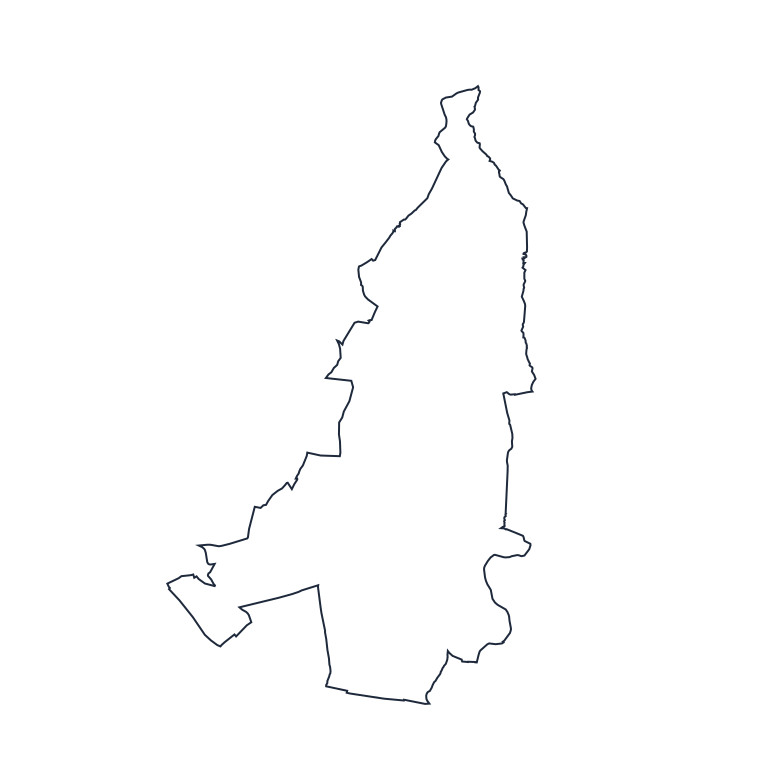 the district of Buciumi, Bacau, Romania, rotated 191°
{"feature_id": "2599482B95030367373704", "entity_name": "Buciumi", "entity_type": "district", "adm_level": 2, "iso_a3": "ROU", "parent_name": "Romania", "parent_adm1": "Bacau", "projection": "orthographic", "projection_center": [26.788, 46.194], "detail": "fine", "context": "isolated", "style": "outline", "palette": "slate", "viewbox_px": 768, "rotation_deg": 191, "n_neighbors": 0, "source": "geoboundaries", "source_scale": "gbopen_adm2", "svg_char_len": 6136}
<svg xmlns="http://www.w3.org/2000/svg" viewBox="0 0 768 768"><g transform="rotate(191 384 384)"><path d="M348.6,694.3L350.8,691.8L354.1,689.6L356.5,689.2L358.5,688.4L366.7,684.3L368.3,683.1L372.1,679.1L377.9,677.0L380.9,674.6L381.4,673.5L381.7,670.8L381.1,669.4L375.8,659.9L374.1,657.7L373.3,655.9L372.8,654.1L372.5,651.5L372.4,648.8L372.9,647.3L377.3,641.9L377.7,640.5L377.9,637.8L379.7,634.5L380.2,633.0L380.2,630.9L375.9,628.9L371.5,622.8L367.8,619.1L364.8,617.0L363.8,616.7L365.6,614.3L368.7,607.1L374.2,585.0L376.3,578.8L376.8,575.0L377.2,574.2L384.5,563.6L386.0,560.8L387.0,560.2L389.6,556.5L392.1,554.0L393.8,550.6L394.7,549.4L395.9,549.2L399.2,545.9L399.0,545.5L399.2,544.6L398.7,544.1L398.6,543.5L399.1,542.7L398.6,542.0L399.0,541.7L400.1,541.9L400.3,541.7L400.0,541.2L401.4,541.1L401.7,539.9L402.9,538.3L402.5,536.2L404.0,536.4L403.6,535.4L404.1,535.0L404.4,533.7L406.1,530.7L406.7,528.8L409.6,523.0L412.5,517.6L416.3,504.0L418.2,503.0L420.0,504.3L423.7,500.5L428.7,496.0L430.9,494.7L431.0,494.0L431.0,491.3L428.9,484.3L426.1,479.8L425.7,478.8L425.5,476.9L424.0,476.2L423.4,475.3L422.5,471.6L420.6,468.0L419.2,466.3L415.8,463.9L405.1,458.9L406.7,452.7L408.4,444.4L409.9,444.1L411.2,443.3L410.1,442.4L410.5,441.3L411.1,440.6L421.3,440.3L424.6,438.5L432.0,418.5L432.3,414.8L436.1,417.3L438.3,417.7L435.8,414.4L433.8,410.2L431.5,401.4L433.3,397.6L433.6,393.8L436.3,390.2L437.9,385.5L440.3,382.8L442.2,378.8L416.7,380.9L413.7,374.9L414.7,360.5L418.2,349.3L418.6,343.2L420.7,337.7L418.6,325.9L416.3,319.4L413.7,308.2L413.6,304.7L432.6,301.7L446.2,302.0L446.1,298.7L448.1,288.5L449.9,284.8L450.5,281.9L450.7,279.8L451.8,277.4L452.6,274.3L451.2,274.6L450.9,273.6L453.0,268.4L454.4,263.2L459.7,268.7L460.6,268.3L461.8,265.9L464.2,262.0L468.0,258.8L472.4,253.7L475.4,247.0L476.7,242.9L479.3,241.9L481.5,238.8L487.4,238.8L488.8,216.0L488.3,207.5L488.8,206.3L504.9,197.7L512.6,194.1L515.2,193.2L523.5,193.1L526.4,192.6L535.0,190.1L531.2,189.1L529.0,187.8L528.1,186.8L526.7,184.2L523.5,175.4L522.4,174.1L521.1,173.6L519.8,173.7L515.9,175.1L518.8,166.0L520.2,164.5L520.4,162.7L520.2,162.1L516.4,159.2L513.0,155.1L511.5,154.0L511.7,153.3L521.8,154.0L528.7,157.2L531.3,159.4L533.3,157.6L534.9,160.6L537.1,159.5L546.2,156.7L548.5,154.2L558.6,146.7L556.5,143.8L555.3,142.9L555.9,141.6L543.5,132.6L527.2,118.7L512.0,103.6L505.0,99.3L497.8,95.9L494.5,95.2L493.5,97.0L491.0,100.3L483.0,109.6L481.0,108.0L472.6,121.0L468.8,124.8L472.5,131.2L473.9,132.7L475.9,134.0L480.2,135.4L483.3,137.2L446.7,154.0L434.2,160.2L428.2,163.6L425.4,165.7L410.2,173.9L410.1,172.2L403.5,152.3L401.7,147.2L394.7,130.4L394.7,129.5L392.0,122.5L388.7,111.9L385.7,104.2L384.0,98.0L383.0,96.2L381.7,92.0L381.5,89.6L381.9,88.6L382.0,86.3L382.9,81.8L382.6,79.5L383.3,77.6L383.1,76.2L361.6,75.8L361.7,73.8L358.0,73.7L324.1,75.1L304.1,77.1L304.1,77.9L282.7,77.8L278.5,78.9L281.1,81.3L282.3,83.0L283.1,86.1L283.0,88.0L282.3,89.9L280.4,91.5L279.2,95.1L278.8,97.7L277.9,100.9L276.8,102.3L275.6,105.8L273.6,109.9L273.3,111.1L273.4,112.0L272.8,113.7L272.2,116.5L271.7,117.4L271.2,119.0L269.9,121.1L269.3,125.3L269.5,128.4L270.0,130.1L270.4,134.1L268.7,132.6L264.8,130.2L255.2,128.3L254.3,126.5L248.5,127.1L248.5,127.4L241.4,128.5L241.3,128.2L239.8,128.4L239.5,135.7L239.1,139.5L238.5,140.9L234.9,145.6L232.9,148.2L231.3,149.4L224.7,149.9L218.8,151.8L217.4,153.1L218.2,153.7L217.0,154.9L212.9,163.5L212.5,166.7L212.8,168.4L215.6,175.5L216.8,179.5L217.6,181.2L219.4,183.8L221.5,185.9L230.3,188.9L233.3,190.6L236.5,193.8L239.9,202.3L244.3,207.1L246.3,210.1L247.9,213.4L250.4,221.0L250.6,222.9L250.2,225.0L248.2,230.3L246.3,234.0L243.5,237.1L242.5,237.5L233.3,236.8L231.4,237.0L227.8,238.0L225.8,239.3L220.8,241.4L219.3,241.6L216.2,241.2L213.4,242.4L209.9,249.5L209.4,253.7L209.9,255.1L215.9,256.7L216.5,257.4L217.8,260.4L218.7,261.5L236.0,264.9L236.5,264.5L238.7,265.2L241.6,264.8L240.1,266.4L239.3,266.7L239.2,267.1L238.5,267.4L238.5,267.7L239.2,269.8L239.1,270.8L239.8,271.8L239.8,272.8L239.4,273.2L239.5,273.7L240.3,274.8L240.3,276.4L239.3,277.5L239.9,279.0L239.8,279.5L239.5,279.9L239.9,280.2L246.0,321.8L247.0,327.5L248.4,330.9L248.8,332.6L249.2,340.1L249.0,341.5L248.3,343.0L246.7,344.7L246.1,346.8L247.5,352.1L247.6,355.6L248.6,359.6L252.4,368.0L253.5,368.8L253.9,372.1L257.5,379.0L265.1,397.5L261.9,399.4L259.3,398.0L257.8,397.7L253.6,398.9L253.4,398.4L241.7,403.3L236.9,404.9L237.8,405.7L238.7,407.7L238.7,411.2L237.8,414.7L236.2,418.0L238.4,421.6L241.2,424.5L241.2,427.9L241.8,428.7L244.2,429.7L244.7,430.2L244.7,432.0L245.8,433.2L247.9,436.1L248.6,437.8L249.4,439.0L250.2,440.7L250.7,444.9L250.5,446.8L251.0,447.4L251.0,448.7L252.1,451.0L252.8,451.6L253.3,453.7L254.8,456.0L255.4,456.4L256.1,456.3L256.5,459.4L257.0,460.8L259.0,462.2L259.3,462.8L258.3,466.8L259.1,468.5L259.1,469.5L258.5,470.9L258.5,472.0L260.3,487.8L260.9,489.5L262.6,492.2L265.4,496.0L264.9,502.0L265.1,504.1L264.8,505.2L265.8,507.5L265.9,508.4L265.0,511.8L265.1,512.4L266.3,514.0L267.5,520.2L266.8,522.8L270.2,524.6L269.7,525.9L269.8,527.7L268.9,529.6L270.3,529.3L270.5,532.1L271.1,533.1L271.7,532.8L272.1,533.6L270.4,534.2L270.9,535.1L269.1,535.4L268.5,536.0L268.7,537.1L269.5,538.1L271.9,538.3L271.9,538.9L271.5,539.3L269.7,540.4L269.0,541.3L269.6,545.3L273.0,560.8L276.3,566.1L277.9,569.1L277.9,570.8L277.0,576.8L277.2,580.2L277.1,583.9L278.4,583.8L281.8,586.8L283.9,587.5L285.8,589.5L288.2,589.5L293.0,590.8L295.2,593.1L297.9,595.4L301.0,601.5L302.4,603.0L304.7,606.6L305.9,607.9L309.4,609.3L310.2,610.2L310.8,612.2L311.4,613.2L311.7,614.6L311.0,615.5L311.4,615.9L312.2,616.1L315.6,619.6L317.4,620.6L317.7,621.5L318.3,622.1L320.3,622.9L322.9,623.1L322.7,625.4L323.0,625.8L324.9,627.2L326.0,627.3L327.4,628.8L331.7,631.3L334.6,633.5L335.3,634.3L335.7,637.9L336.1,638.6L338.4,638.7L340.5,640.3L341.6,642.7L342.2,643.4L342.4,644.1L342.1,645.2L342.3,647.0L344.0,648.9L344.4,651.3L345.5,653.6L347.8,653.7L349.2,654.5L350.4,655.6L351.8,658.3L353.2,659.7L353.0,660.7L351.4,664.8L348.4,667.5L347.2,670.2L347.1,671.2L348.1,673.6L347.7,674.2L347.5,677.5L345.9,681.1L346.4,683.1L345.5,688.1L345.5,689.3L345.7,689.8L347.3,690.6L347.8,693.3L348.6,694.3Z" fill="none" stroke="#1e293b" stroke-width="2"/></g></svg>